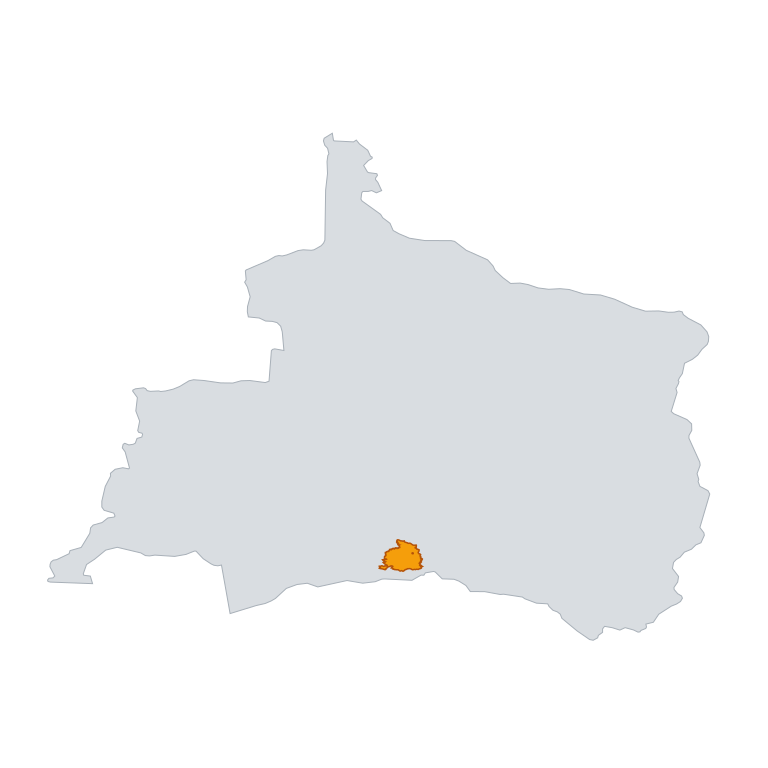 Mwenga, Sud-Kivu, Democratic Republic of the Congo shown in context, rotated 92°
{"feature_id": "63176286B33283671139480", "entity_name": "Mwenga", "entity_type": "district", "adm_level": 2, "iso_a3": "COD", "parent_name": "Democratic Republic of the Congo", "parent_adm1": "Sud-Kivu", "projection": "equal_earth", "projection_center": [28.252, -3.387], "detail": "fine", "context": "in_parent", "style": "filled", "palette": "amber", "viewbox_px": 768, "rotation_deg": 92, "n_neighbors": 0, "source": "geoboundaries", "source_scale": "gbopen_adm2", "svg_char_len": 8768}
<svg xmlns="http://www.w3.org/2000/svg" viewBox="0 0 768 768"><g transform="rotate(92 384 384)"><path d="M618.8,529.8L570.6,540.1L571.5,543.7L571.1,547.6L569.8,550.6L564.9,558.6L557.6,566.0L557.6,567.7L561.2,575.9L563.6,587.2L563.0,607.0L564.0,612.3L563.8,616.5L561.3,621.1L556.5,644.9L559.7,656.3L569.2,667.1L574.8,675.0L584.1,677.9L585.6,677.4L586.2,670.8L593.7,668.3L593.6,710.5L593.1,712.9L591.7,713.4L589.9,712.1L589.3,708.0L587.4,706.3L578.3,711.5L575.9,711.4L573.4,710.5L571.6,708.3L571.0,705.1L564.6,692.8L561.5,692.0L557.9,680.9L543.5,672.8L538.0,672.2L535.1,669.7L532.3,660.9L527.5,655.3L526.4,649.1L525.4,648.2L522.5,649.5L520.0,659.3L516.8,661.7L510.9,661.9L496.1,659.0L485.6,654.0L482.8,654.3L478.6,649.7L476.8,642.1L477.7,636.3L476.9,635.4L460.9,640.3L457.0,643.3L453.4,642.6L452.3,641.0L453.8,636.9L453.0,632.5L451.8,630.5L447.0,628.9L445.5,624.2L442.6,623.5L441.6,624.2L440.9,627.4L439.2,628.5L429.6,626.9L419.6,631.1L406.2,630.0L399.9,634.9L398.9,634.8L397.5,632.3L396.2,624.2L396.9,622.1L398.9,620.5L399.5,617.2L398.8,608.9L399.3,606.9L398.6,602.1L396.5,594.5L393.7,588.3L387.6,578.9L386.4,574.5L386.8,564.0L388.6,547.4L388.3,535.0L385.8,527.0L385.2,518.3L386.7,502.7L385.2,499.0L354.6,497.7L353.3,496.6L352.7,494.4L354.0,485.2L335.4,487.5L329.8,489.3L326.4,493.0L325.3,497.8L325.2,504.5L322.4,511.0L321.7,521.9L316.6,523.1L311.4,523.1L301.5,520.8L291.8,523.9L287.1,526.8L284.6,525.4L275.9,526.5L274.8,525.7L264.7,504.2L260.2,497.0L259.3,493.5L259.6,490.2L258.4,485.7L253.7,474.6L252.7,469.4L252.9,461.3L252.3,458.6L248.1,451.7L245.3,449.3L242.3,448.1L192.3,449.1L175.7,447.8L163.7,448.7L157.6,448.1L155.9,447.1L150.4,448.6L147.5,451.5L143.2,453.0L140.5,452.4L135.2,444.4L142.3,443.0L142.8,442.2L143.1,422.9L141.2,420.2L145.0,416.9L151.0,408.4L156.9,405.4L157.7,403.7L159.0,403.8L161.2,407.4L166.3,412.0L172.7,407.9L173.3,406.7L174.1,398.5L175.7,397.8L178.4,399.6L180.0,399.6L182.7,397.2L190.8,393.1L193.2,398.3L191.1,403.1L192.1,406.5L192.3,411.8L193.6,412.9L200.1,413.5L201.9,412.3L214.6,393.3L217.9,391.1L223.2,383.6L230.3,380.2L233.3,374.3L237.4,363.7L239.2,348.4L238.4,321.9L239.0,318.4L247.5,306.5L256.3,284.8L262.3,279.1L266.7,276.8L273.6,268.9L279.1,261.0L278.4,251.4L279.6,243.5L282.6,233.4L283.6,222.7L282.6,211.4L283.1,202.2L287.1,187.5L287.5,170.7L291.2,156.5L298.6,138.6L302.1,125.2L301.4,112.0L302.4,102.3L302.1,96.6L300.8,91.7L301.5,88.5L304.2,87.3L307.7,82.3L313.9,69.4L320.6,63.0L325.3,61.1L330.1,61.3L333.2,62.4L338.3,67.5L344.2,71.5L348.5,76.6L352.8,84.4L363.2,86.2L367.6,89.0L370.3,90.1L371.3,89.3L373.5,89.8L378.3,92.1L382.2,90.8L401.4,96.0L403.6,93.4L409.0,79.9L413.1,75.2L419.6,74.8L424.8,77.4L427.5,77.4L451.1,65.7L454.1,65.2L462.7,68.0L468.3,66.1L470.5,66.7L475.3,64.7L479.3,56.5L482.6,54.6L516.4,63.3L521.6,59.1L524.1,58.6L531.6,61.7L533.9,66.7L538.4,71.0L541.6,78.0L546.7,82.0L549.2,85.8L552.2,88.4L558.3,89.3L566.1,82.9L571.7,83.6L577.2,87.1L579.2,86.9L583.3,83.2L585.5,79.2L587.7,78.3L591.0,80.1L593.6,83.8L596.0,89.2L604.5,101.4L612.7,106.5L614.8,113.9L617.7,113.2L619.2,113.9L621.3,118.6L622.8,119.6L623.1,121.5L621.1,126.0L619.1,134.5L621.7,139.7L619.6,147.3L618.5,155.1L621.1,157.0L624.6,156.9L627.7,161.0L630.2,161.6L632.8,166.0L632.2,169.6L624.1,182.3L612.0,198.0L607.9,199.8L605.7,202.8L604.2,207.3L600.7,211.2L598.0,212.7L597.7,224.0L593.7,235.8L592.1,238.2L589.9,257.2L590.3,260.5L588.0,276.1L588.4,290.5L582.5,295.1L578.4,302.2L576.7,307.2L576.7,319.0L570.1,326.2L569.6,327.8L571.3,336.1L573.7,337.5L573.7,340.3L579.2,349.2L578.8,376.7L579.1,379.4L581.9,385.9L583.8,398.3L581.7,414.1L589.1,443.1L585.8,453.7L587.4,463.9L591.7,474.5L602.1,485.0L604.8,489.3L607.5,495.1L609.9,504.1L618.8,529.8Z" fill="#d9dde1" stroke="#a8b0b8" stroke-width="1"/><path d="M568.8,368.3L568.9,367.4L568.9,367.1L569.2,366.6L569.1,366.1L569.1,365.7L569.2,365.2L569.2,363.2L569.7,362.6L570.0,362.1L570.4,361.4L570.3,360.9L569.9,360.1L570.2,359.1L570.5,358.5L569.9,357.4L569.6,357.2L569.4,356.8L569.2,356.8L568.9,356.5L568.7,356.2L568.4,354.7L567.8,354.3L567.7,353.6L567.8,352.8L567.6,352.3L567.6,351.6L567.8,351.3L567.8,350.7L567.9,350.4L568.2,350.1L568.4,349.7L568.6,349.1L568.6,348.5L568.3,347.6L568.2,346.9L568.4,346.0L568.0,345.2L568.1,343.2L567.9,342.8L567.4,342.3L567.3,341.6L567.1,340.9L566.8,340.5L566.6,340.2L566.3,340.2L565.7,340.6L565.8,340.4L565.7,340.3L565.3,340.3L565.2,339.9L565.3,339.8L565.1,339.7L565.0,339.4L564.8,339.8L564.9,340.0L564.7,340.3L564.7,340.2L564.5,340.4L564.5,340.6L564.3,341.3L564.3,341.5L564.2,341.7L564.1,341.9L563.8,341.8L563.9,341.7L563.7,341.7L563.6,341.3L563.5,341.5L563.3,341.7L563.3,341.8L563.1,341.7L562.9,341.7L562.9,341.8L562.7,341.9L562.4,342.3L561.9,342.6L561.7,342.4L561.9,342.3L561.8,342.0L561.8,341.9L561.9,341.7L561.6,341.4L561.4,341.5L561.2,341.0L560.7,341.7L560.1,341.2L559.8,341.0L559.6,340.6L559.7,340.4L559.4,340.3L559.3,340.6L559.1,340.6L559.0,340.8L558.9,340.9L558.8,340.6L558.7,340.5L558.6,340.4L558.4,340.5L558.5,340.2L558.4,340.1L558.3,339.9L558.2,339.8L558.1,339.7L557.9,339.6L557.7,339.7L557.6,340.0L557.5,339.9L557.4,340.1L557.2,340.0L557.0,340.3L557.0,340.8L556.7,341.2L556.6,341.5L556.3,341.5L556.1,341.3L555.8,341.2L555.8,341.3L555.5,341.2L555.0,341.8L554.3,342.0L553.8,341.7L553.7,341.6L553.5,341.4L553.3,341.4L553.2,341.6L552.8,341.9L552.6,342.2L552.6,342.9L552.2,343.1L551.6,343.9L551.0,344.0L550.8,343.9L550.6,343.7L550.3,343.5L550.2,343.4L549.8,343.3L549.0,343.1L548.4,343.2L548.2,343.6L548.2,344.3L547.9,344.9L547.9,345.4L547.5,345.5L547.0,346.3L546.8,346.9L546.5,346.8L546.3,347.1L546.1,347.0L545.9,346.1L544.3,346.0L543.9,346.1L543.8,346.3L543.9,346.7L544.1,347.0L544.0,347.5L544.1,348.3L544.1,348.8L543.9,349.4L543.7,349.9L542.5,351.7L542.3,352.1L542.3,352.7L542.2,353.3L542.4,354.1L542.2,354.8L541.9,355.1L541.3,357.6L540.9,358.0L540.1,358.2L540.1,358.6L540.4,358.9L540.4,359.5L540.4,360.0L540.2,360.4L540.2,361.6L540.1,362.3L539.7,362.8L539.3,364.0L539.2,364.7L539.3,365.1L539.6,365.4L539.9,365.4L540.0,365.4L540.0,365.5L540.3,365.4L540.5,365.5L540.4,365.6L540.5,365.7L540.7,365.8L540.8,365.8L540.6,365.6L540.7,365.3L541.0,365.3L541.3,365.1L541.2,365.3L541.4,365.4L541.5,365.3L541.7,365.0L542.0,365.2L542.3,365.2L542.3,364.9L542.4,365.1L542.7,364.9L542.9,364.9L543.0,364.8L543.0,364.7L543.2,364.4L543.4,364.6L543.5,364.5L543.4,364.4L543.5,364.3L543.8,364.4L543.8,364.0L544.1,364.1L544.2,363.6L544.3,363.9L544.5,363.9L544.6,363.7L544.5,363.8L544.4,363.7L544.6,363.6L544.5,363.4L544.6,363.1L544.9,363.4L545.1,363.3L545.3,363.0L545.5,362.8L545.9,363.0L546.1,363.0L546.2,362.9L546.5,362.8L546.7,362.5L546.8,362.5L546.9,363.0L547.0,363.1L547.2,363.5L547.2,363.8L547.3,364.2L547.2,364.3L547.3,364.4L547.5,364.5L547.6,364.8L547.8,364.6L547.9,365.1L547.6,365.5L547.5,365.8L547.3,366.1L547.4,366.3L547.4,366.6L547.4,366.8L547.6,366.8L547.5,367.0L547.8,367.1L547.8,367.4L548.1,367.5L548.2,367.8L548.2,367.7L548.3,367.8L548.5,368.0L548.4,368.1L548.3,368.4L548.2,368.8L547.9,369.0L548.0,369.4L548.0,369.5L548.4,370.0L548.5,369.9L548.7,370.1L548.7,370.3L548.7,370.5L548.8,370.5L548.8,370.9L549.0,370.9L549.1,371.2L549.3,371.2L549.2,371.5L549.3,371.5L549.3,371.8L549.2,371.8L549.1,372.0L549.4,372.2L549.3,372.6L549.6,372.6L549.9,372.9L550.1,372.9L550.2,373.0L550.4,373.0L550.6,373.1L550.6,373.3L550.8,373.3L551.0,373.4L551.1,373.6L551.2,373.8L551.3,374.0L551.2,374.1L551.2,374.3L551.1,374.5L551.3,374.9L551.5,375.2L551.5,375.4L551.9,375.6L551.9,375.8L552.0,376.1L552.5,376.2L552.5,376.7L553.1,376.5L553.3,376.7L553.6,376.6L554.0,376.6L554.3,376.2L554.7,376.2L555.0,376.1L555.2,376.3L555.4,376.3L555.6,376.5L555.9,376.5L556.0,377.1L556.3,377.4L557.4,377.5L557.7,377.4L558.4,377.3L558.6,377.3L558.8,376.8L558.8,375.8L558.9,375.4L559.0,375.3L559.2,375.6L559.3,376.4L559.4,378.3L559.6,378.4L559.7,379.3L560.6,378.6L560.8,378.1L560.8,377.3L561.3,377.1L561.8,376.7L561.8,376.4L562.0,376.6L562.0,377.3L562.2,377.7L562.2,378.1L562.5,378.5L562.6,378.3L562.8,378.0L563.3,377.6L563.5,377.2L563.8,377.0L563.9,376.8L564.1,376.3L564.5,375.7L564.7,375.3L564.8,374.9L565.0,374.6L565.4,374.4L565.6,374.4L565.9,374.5L565.7,375.0L565.8,377.1L566.2,377.5L566.3,377.8L566.3,378.1L565.8,379.2L565.8,379.6L565.8,379.8L565.8,380.3L566.3,381.3L566.2,382.1L566.3,382.4L566.9,382.1L567.1,381.9L567.1,381.5L567.3,381.2L567.5,381.2L567.5,381.6L567.6,381.9L568.3,382.3L568.4,382.0L568.6,381.4L568.8,379.5L569.0,378.5L569.5,376.7L569.5,376.2L569.2,375.7L569.0,375.8L569.0,376.1L568.8,376.1L567.7,374.6L566.5,373.3L566.1,371.7L565.4,370.6L565.7,369.9L565.6,369.4L565.9,368.9L567.2,370.1L567.6,370.3L567.6,369.8L567.7,369.4L567.8,369.0L568.0,368.7L568.1,368.8L568.2,368.6L568.4,368.5L568.6,368.7L568.8,368.3ZM551.8,349.1L552.0,348.9L552.5,348.9L552.6,349.0L552.6,349.4L552.6,349.8L552.4,350.0L552.2,350.1L551.8,349.9L551.7,349.5L551.8,349.1Z" fill="#f59e0b" stroke="#b45309" stroke-width="1.5"/></g></svg>